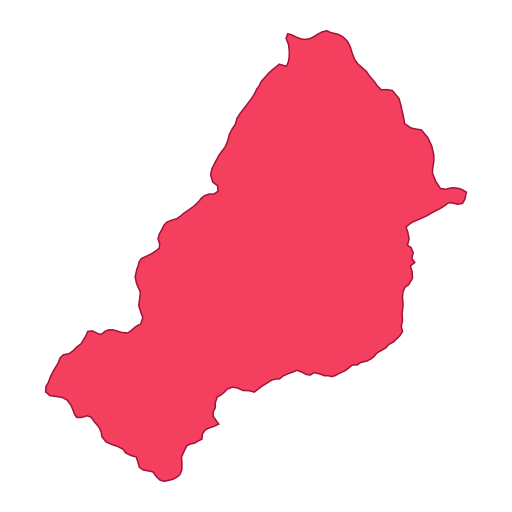 the district of Lins, São Paulo, Brazil
{"feature_id": "56859067B10725298789827", "entity_name": "Lins", "entity_type": "district", "adm_level": 2, "iso_a3": "BRA", "parent_name": "Brazil", "parent_adm1": "São Paulo", "projection": "natural_earth1", "projection_center": [-49.692, -21.647], "detail": "fine", "context": "isolated", "style": "filled", "palette": "rose", "viewbox_px": 512, "rotation_deg": 0, "n_neighbors": 0, "source": "geoboundaries", "source_scale": "gbopen_adm2", "svg_char_len": 3333}
<svg xmlns="http://www.w3.org/2000/svg" viewBox="0 0 512 512"><path d="M466.4,192.2L463.1,190.2L459.6,188.6L455.2,187.9L451.0,187.9L445.5,189.3L440.3,188.4L435.6,181.0L432.5,173.1L432.6,168.9L433.8,161.5L433.8,155.0L431.8,146.2L427.8,137.6L421.3,129.9L414.4,128.8L410.5,127.7L404.7,123.7L403.6,117.6L400.9,105.3L399.0,98.5L392.3,90.5L387.0,89.6L381.3,89.8L376.9,85.4L374.7,82.0L369.6,76.2L366.4,71.4L362.1,67.6L358.0,64.1L354.8,59.8L352.3,53.5L350.4,47.2L348.4,42.9L345.7,39.4L342.3,36.5L338.2,34.3L330.5,32.5L326.9,30.7L321.8,32.0L316.5,34.9L313.5,36.9L310.1,38.5L305.9,39.4L302.0,39.2L296.5,37.2L291.2,34.6L287.7,33.8L286.1,38.3L288.6,44.8L289.3,51.8L289.2,56.8L288.5,61.4L286.5,66.3L279.2,64.2L275.6,67.2L272.4,69.8L268.6,73.2L264.2,78.2L261.3,81.4L259.0,86.1L256.7,89.1L254.5,93.8L251.5,98.5L248.3,102.8L244.7,107.5L240.5,112.9L237.0,118.3L235.3,124.3L232.3,128.8L229.3,134.4L227.9,140.3L225.1,147.0L221.7,151.5L218.9,155.3L216.6,159.7L214.4,163.8L211.9,168.9L210.6,174.9L212.7,182.1L217.6,185.8L218.0,191.3L213.7,194.1L208.7,194.1L204.4,195.8L201.4,198.1L198.8,201.4L193.7,206.4L188.0,210.4L183.5,213.5L180.5,216.1L176.5,218.8L171.6,220.2L166.7,222.2L163.7,225.6L161.8,229.6L159.4,233.9L158.0,238.6L159.7,244.2L159.2,248.3L155.8,250.9L151.4,253.8L146.9,256.0L141.5,258.5L139.2,261.7L138.1,265.9L136.7,269.7L135.1,277.1L136.6,283.6L138.4,287.8L140.3,291.7L139.8,297.9L138.7,305.5L140.7,311.8L142.8,317.7L140.6,324.0L136.0,326.4L131.8,330.0L127.9,332.9L121.9,332.5L116.2,330.7L112.5,329.8L108.6,329.8L105.0,331.3L101.2,334.4L97.3,333.4L92.5,330.9L87.8,331.4L85.6,336.4L83.5,339.7L81.0,343.9L77.1,346.7L73.3,350.6L69.0,353.7L63.5,354.7L60.0,358.0L58.1,363.2L55.4,367.6L53.2,371.3L50.5,376.6L48.3,382.6L46.0,386.3L45.6,391.9L49.9,395.6L56.3,396.5L62.4,397.5L67.1,400.1L71.0,405.3L72.8,409.5L74.5,414.1L76.7,417.5L82.0,417.4L86.9,415.8L91.0,417.1L94.3,421.7L98.9,427.1L101.2,432.1L101.9,436.7L106.1,442.0L112.3,444.7L117.6,446.4L123.3,449.4L125.5,452.8L130.6,455.4L136.3,457.0L137.5,460.9L139.4,467.3L143.2,470.0L147.1,470.7L152.8,471.8L156.4,476.7L160.0,480.1L164.1,481.3L169.0,480.3L172.9,479.3L177.1,477.0L179.9,474.5L181.8,470.0L182.0,464.2L181.5,457.1L184.5,450.4L186.9,445.7L190.5,444.0L194.6,443.1L198.0,441.1L202.0,439.1L202.4,433.8L205.5,429.7L209.3,427.9L213.6,426.5L218.7,424.1L213.1,416.2L213.4,411.3L215.3,407.8L215.3,402.6L217.2,397.2L220.9,394.9L224.2,392.3L227.0,389.3L232.4,387.1L237.5,388.0L243.0,390.5L249.2,390.7L254.3,392.1L257.5,389.6L261.8,386.3L267.7,382.6L271.9,380.0L275.6,379.0L279.6,378.9L283.1,375.9L288.4,373.6L292.7,372.1L296.9,370.3L301.4,371.9L306.6,374.6L310.5,375.0L314.1,372.6L319.6,373.9L324.3,375.7L328.3,375.7L331.7,376.6L335.3,375.6L339.3,373.3L344.9,370.8L348.8,368.0L352.1,365.0L357.3,364.9L360.6,362.5L367.0,361.0L371.3,358.7L374.2,356.3L376.9,353.0L381.6,350.3L385.8,347.9L388.5,344.6L393.3,342.1L396.8,338.7L399.8,335.8L402.6,331.4L401.2,326.6L402.5,320.8L402.1,313.4L403.1,305.5L402.5,297.5L402.9,292.1L405.0,287.2L408.8,284.5L412.5,278.2L412.2,271.8L410.4,265.9L414.8,262.5L411.8,258.3L413.2,252.7L411.0,247.6L407.5,245.1L409.1,239.0L407.8,232.0L406.0,227.1L408.8,224.7L412.0,222.3L421.6,218.2L427.0,215.7L432.2,212.6L437.8,209.7L441.6,207.7L444.6,205.7L448.7,202.7L453.6,203.2L457.4,204.3L462.5,203.4L464.9,199.2L466.4,192.2Z" fill="#f43f5e" stroke="#9f1239" stroke-width="1.5"/></svg>